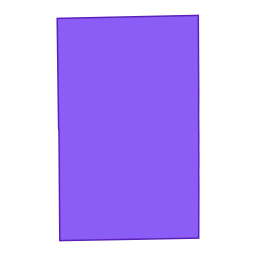 Adams, Indiana, United States of America (Robinson projection)
{"feature_id": "52423323B32450220216065", "entity_name": "Adams", "entity_type": "district", "adm_level": 2, "iso_a3": "USA", "parent_name": "United States of America", "parent_adm1": "Indiana", "projection": "robinson", "projection_center": [-84.869, 40.745], "detail": "fine", "context": "isolated", "style": "filled", "palette": "violet", "viewbox_px": 256, "rotation_deg": 0, "n_neighbors": 0, "source": "geoboundaries", "source_scale": "gbopen_adm2", "svg_char_len": 351}
<svg xmlns="http://www.w3.org/2000/svg" viewBox="0 0 256 256"><path d="M59.8,240.6L198.7,238.1L198.8,191.9L198.8,182.1L198.7,172.9L198.8,163.7L198.8,162.3L198.8,155.3L198.7,145.0L198.8,139.0L198.7,130.0L198.6,115.2L198.7,92.9L198.3,15.5L198.3,15.4L57.2,18.4L58.6,128.3L59.0,131.0L59.8,240.6Z" fill="#8b5cf6" stroke="#5b21b6" stroke-width="1.5"/></svg>